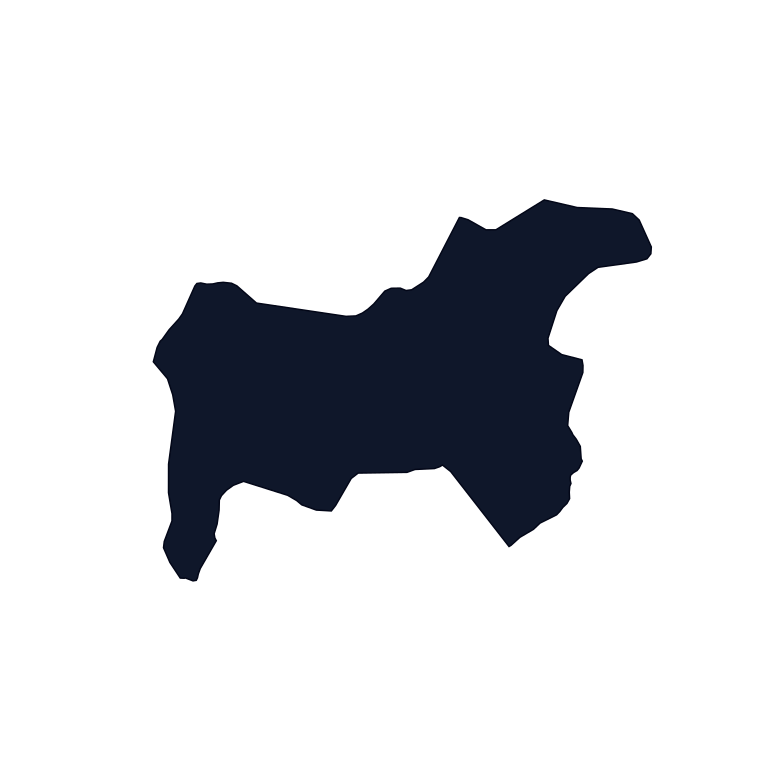 Yazd, Natural Earth projection, rotated 28°
{"feature_id": "IRN-3217", "entity_name": "Yazd", "entity_type": "Province", "adm_level": 1, "iso_a3": "IRN", "parent_name": "Iran", "parent_adm1": "", "projection": "natural_earth1", "projection_center": [55.694, 32.497], "detail": "fine", "context": "isolated", "style": "filled", "palette": "ink", "viewbox_px": 768, "rotation_deg": 28, "n_neighbors": 0, "source": "natural_earth", "source_scale": "10m", "svg_char_len": 1658}
<svg xmlns="http://www.w3.org/2000/svg" viewBox="0 0 768 768"><g transform="rotate(28 384 384)"><path d="M233.4,372.4L318.7,342.1L327.2,337.1L331.6,331.5L334.7,325.5L337.4,318.2L341.1,301.6L345.4,296.1L353.4,291.7L359.6,291.1L364.2,287.8L371.1,275.5L373.2,268.5L372.4,201.8L372.4,201.6L373.8,200.9L381.1,199.5L401.7,200.0L410.4,195.3L439.1,146.2L471.7,137.5L503.4,122.3L523.4,117.0L532.3,119.4L555.7,137.5L558.5,143.7L557.4,150.0L549.7,157.7L518.2,180.5L512.8,190.5L502.8,221.5L502.2,238.1L507.3,266.6L511.1,272.7L527.1,274.6L547.5,269.7L551.0,274.2L554.2,280.5L560.4,322.2L565.7,334.5L572.6,338.6L574.5,340.1L579.7,342.5L586.6,346.9L593.2,357.5L595.3,359.0L595.7,366.6L595.1,369.7L592.9,373.3L591.6,376.9L592.2,379.0L593.4,381.3L595.8,384.1L596.0,387.1L598.4,392.6L601.7,398.1L601.6,403.6L599.8,409.1L599.1,413.9L597.8,418.5L587.1,433.5L584.2,442.1L576.0,455.5L571.9,466.8L570.7,468.8L484.0,430.0L473.7,428.1L472.0,430.9L468.2,435.0L451.5,444.9L445.8,451.2L403.0,474.8L399.4,482.8L398.3,513.9L397.1,520.8L383.4,527.1L368.1,529.3L361.5,527.9L351.2,527.5L305.7,535.9L298.5,544.2L294.8,551.7L292.9,558.9L293.1,563.8L297.6,572.8L302.4,586.0L304.3,595.9L306.9,599.3L309.5,601.1L308.4,633.2L309.2,638.8L310.3,642.7L310.4,645.5L307.8,647.5L299.6,648.5L298.8,649.3L295.2,651.0L278.8,642.1L266.2,632.1L263.9,626.2L261.1,604.5L257.6,597.9L244.8,581.2L231.4,555.9L212.8,505.9L202.5,492.7L190.4,481.0L169.9,472.7L166.5,458.2L166.3,451.3L167.2,448.9L168.8,436.9L172.3,423.0L173.1,416.7L171.0,386.3L171.6,383.1L174.8,380.8L180.6,379.1L185.9,376.0L189.5,372.9L194.3,369.7L202.1,366.6L208.0,366.4L233.4,372.4Z" fill="#0f172a" stroke="#020617" stroke-width="1.5"/></g></svg>